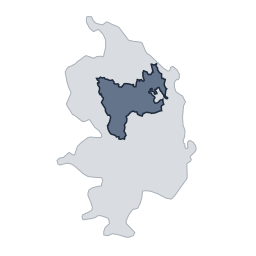 Bern highlighted on a map of Switzerland, rotated 93°
{"feature_id": "CHE-3424", "entity_name": "Bern", "entity_type": "Canton", "adm_level": 1, "iso_a3": "CHE", "parent_name": "Switzerland", "parent_adm1": "", "projection": "mercator", "projection_center": [7.53, 46.838], "detail": "fine", "context": "in_parent", "style": "filled", "palette": "slate", "viewbox_px": 256, "rotation_deg": 93, "n_neighbors": 0, "source": "natural_earth", "source_scale": "10m", "svg_char_len": 7763}
<svg xmlns="http://www.w3.org/2000/svg" viewBox="0 0 256 256"><g transform="rotate(93 128 128)"><path d="M191.9,77.0L193.3,77.9L196.8,81.1L196.0,86.5L192.0,95.2L189.9,102.2L189.7,107.6L190.1,110.1L190.8,110.1L194.6,110.5L196.5,110.5L202.6,111.9L207.5,114.0L208.4,116.3L209.1,119.0L214.9,122.8L221.5,125.2L223.8,124.4L232.0,115.7L235.2,117.1L237.2,121.8L237.1,124.2L234.8,133.5L234.4,138.4L236.4,141.7L236.6,144.2L236.0,146.6L232.7,146.8L228.3,145.5L224.6,141.5L221.7,142.0L219.3,143.0L218.0,146.8L216.9,151.3L217.3,153.8L219.0,155.7L220.4,159.8L221.4,165.1L222.1,167.5L221.3,168.6L219.0,169.3L217.0,168.6L213.7,162.3L212.1,159.9L209.4,159.4L204.7,161.0L197.5,164.5L194.6,164.5L192.1,163.8L189.8,160.8L187.8,155.0L187.2,151.4L185.8,151.5L181.2,150.4L179.0,151.9L179.0,157.8L178.6,165.2L176.3,169.9L169.8,178.1L167.4,181.7L166.5,184.3L166.3,186.5L167.3,190.3L168.6,194.0L167.5,196.1L164.1,197.2L161.7,195.0L160.8,191.0L155.5,185.6L157.9,181.0L157.5,179.9L148.9,177.5L145.2,174.1L140.0,168.0L139.0,165.4L139.2,157.0L138.9,154.9L138.2,153.9L135.7,154.0L132.2,156.9L129.0,161.3L122.3,166.3L121.6,167.3L123.9,172.1L123.8,174.0L118.4,181.7L117.3,184.2L110.5,189.0L107.3,190.8L97.8,187.3L95.2,186.8L91.0,189.2L84.9,191.4L75.3,193.7L71.7,192.0L70.0,190.5L69.2,188.2L66.7,184.1L64.0,181.7L62.1,179.0L59.5,176.1L57.9,173.7L60.1,166.0L58.5,163.2L57.7,159.3L58.1,156.7L57.2,156.1L48.4,154.5L41.2,155.0L36.0,157.6L31.7,161.9L31.2,162.9L31.5,163.6L33.6,167.6L30.0,171.8L24.5,175.0L20.6,175.3L18.9,174.7L18.8,170.2L22.1,168.6L25.0,165.7L25.9,161.6L26.3,158.7L23.2,155.2L23.6,153.0L25.5,149.0L26.6,145.4L28.1,142.2L34.2,137.1L40.3,132.0L41.2,126.5L41.6,119.9L42.5,118.3L50.7,114.3L52.8,112.7L53.8,110.4L60.2,102.9L66.6,95.5L67.9,93.0L69.0,91.5L69.0,90.3L68.2,89.3L65.2,88.7L64.1,86.3L67.4,82.1L71.6,79.5L75.6,79.4L77.2,80.6L77.1,82.0L78.9,83.6L81.9,84.1L85.7,83.5L89.4,81.9L91.7,78.2L93.1,75.3L99.0,72.0L103.0,73.7L114.1,74.1L122.2,73.2L127.3,71.0L133.6,71.0L137.9,72.3L138.6,72.1L139.8,71.8L140.9,70.6L144.9,69.8L145.4,68.8L145.3,67.8L144.6,67.2L139.7,67.8L137.8,67.0L137.3,65.2L138.9,62.0L142.5,59.4L145.5,58.8L147.7,59.5L153.1,64.3L154.4,64.4L155.2,63.6L156.3,63.1L158.1,64.0L160.2,67.0L160.6,67.4L172.6,66.4L175.3,66.4L183.4,71.6L191.9,77.0Z" fill="#d9dde1" stroke="#a8b0b8" stroke-width="1"/><path d="M139.4,131.0L139.0,132.0L138.9,132.3L139.0,133.0L139.1,133.4L139.4,134.0L139.5,134.3L139.5,134.7L139.6,135.0L139.6,135.6L139.5,136.3L139.3,136.6L139.0,136.7L138.6,136.6L137.8,136.4L137.5,136.5L137.2,136.7L137.2,137.6L137.4,138.2L137.6,139.1L137.1,139.2L136.1,140.3L135.9,140.9L135.7,141.5L135.4,142.6L135.1,144.1L134.9,144.5L134.7,144.9L134.2,145.4L133.4,145.9L132.9,146.4L130.6,147.6L129.5,148.0L126.9,148.6L126.6,148.6L126.4,148.5L126.2,148.4L126.2,148.1L126.2,147.8L124.8,147.6L123.6,147.1L123.2,146.8L119.1,146.0L117.8,146.0L116.2,147.0L116.0,147.3L116.3,148.0L116.3,148.4L116.2,148.8L116.0,149.0L114.7,149.9L112.9,151.1L111.9,151.5L111.4,151.6L110.7,151.6L110.1,151.4L104.2,155.7L103.6,155.8L100.4,154.2L99.4,154.1L99.1,154.2L99.0,154.4L98.9,154.8L98.8,155.0L98.2,155.4L98.1,155.6L96.4,156.1L95.3,156.8L95.6,157.2L96.2,157.5L95.5,158.1L93.8,158.9L93.4,159.0L93.1,159.0L91.5,158.5L89.4,158.5L88.7,158.7L88.4,158.8L88.0,159.4L86.9,160.2L85.0,160.8L84.7,160.7L84.4,160.6L84.4,160.4L84.4,159.8L84.4,159.3L84.3,159.2L84.0,159.2L82.4,159.7L82.2,159.8L82.1,160.4L81.8,161.0L80.1,162.0L80.0,160.6L80.1,160.3L80.3,159.9L80.3,159.7L80.2,159.5L79.9,159.4L79.2,158.6L78.7,158.3L79.3,156.5L79.3,156.1L79.2,155.6L79.0,155.2L78.9,154.5L79.0,154.3L79.8,153.8L80.2,153.2L80.4,152.7L80.5,152.3L80.3,151.4L80.4,151.1L80.5,150.8L80.8,150.5L81.1,149.8L81.3,149.2L81.3,148.6L81.3,148.2L81.4,147.7L81.3,147.4L81.3,147.2L81.0,146.7L80.8,146.1L82.8,144.4L84.1,144.3L84.3,144.2L84.5,143.9L84.6,143.3L84.7,142.3L84.5,140.2L85.1,139.6L85.3,139.4L86.0,139.6L86.4,139.8L86.8,139.8L87.2,139.3L87.4,139.1L87.3,138.8L87.5,137.1L87.6,136.6L87.0,136.1L86.9,136.0L86.8,135.8L86.6,135.8L86.4,135.8L86.2,135.8L86.1,135.6L85.9,135.3L85.4,134.9L85.2,134.8L84.4,134.5L84.2,134.3L84.1,134.1L83.9,133.6L83.8,132.5L83.8,130.7L83.9,129.5L84.5,127.2L84.5,126.1L84.4,125.4L84.3,125.1L84.3,124.8L84.7,124.6L84.9,124.6L85.0,124.7L85.0,124.8L85.3,125.0L85.6,125.1L85.8,124.9L86.3,124.5L86.5,123.9L86.3,122.3L82.4,122.0L79.9,121.3L79.4,121.4L79.2,121.4L79.0,121.1L79.3,120.4L79.4,120.0L79.5,119.6L79.4,118.8L79.3,118.4L79.3,118.1L79.2,117.8L78.9,117.3L78.9,117.1L79.0,117.0L79.6,116.7L79.9,116.5L80.4,115.9L80.5,115.6L80.2,115.1L80.1,114.7L79.9,114.4L79.5,114.3L75.9,115.7L72.0,116.1L70.0,115.3L70.5,114.0L70.7,113.5L71.0,112.3L71.1,112.0L71.3,111.8L72.4,111.3L72.9,110.9L73.3,110.7L73.5,110.3L73.5,109.9L73.4,109.3L73.2,108.8L73.3,108.7L73.6,108.5L73.6,108.4L73.4,108.0L73.0,107.7L71.6,106.9L70.9,106.7L70.9,105.8L63.1,108.2L63.0,107.7L63.1,107.2L63.3,106.9L63.4,106.7L63.6,105.8L63.7,105.4L63.6,105.1L63.5,104.7L63.2,104.1L62.7,103.3L61.7,102.8L63.0,102.9L63.4,103.2L63.6,103.4L63.8,103.5L64.2,103.4L64.7,103.1L66.5,101.8L67.1,101.5L68.2,101.5L68.7,101.4L69.2,100.9L69.6,100.5L70.4,100.1L70.9,99.6L71.3,99.1L71.5,98.7L71.9,98.1L72.0,97.8L72.1,97.4L72.3,97.2L72.6,97.2L74.1,97.3L76.5,96.9L76.8,96.6L76.7,96.3L76.6,95.8L76.6,95.6L76.6,95.4L76.7,95.2L77.2,94.8L77.4,94.6L77.5,94.4L77.4,94.0L77.5,93.3L81.6,94.1L82.5,94.1L83.3,93.9L84.5,93.5L85.1,93.1L85.5,92.8L85.7,92.6L85.9,92.4L86.3,92.3L86.5,92.0L86.7,91.8L86.8,91.5L86.9,91.3L87.1,91.4L87.4,92.0L87.8,92.2L93.2,92.6L96.1,91.8L95.7,92.9L95.4,93.2L95.0,93.6L93.4,94.1L93.0,94.3L92.6,94.6L92.0,95.2L91.6,95.6L90.5,96.1L89.5,96.9L89.6,97.4L86.0,99.1L85.8,99.4L86.1,100.0L86.3,100.3L86.4,100.7L86.5,100.9L86.8,101.0L87.3,101.2L87.5,101.4L87.7,101.6L88.0,102.4L88.0,102.7L88.0,103.0L88.4,103.1L88.9,103.0L89.3,102.8L89.7,102.3L90.1,101.9L90.4,101.6L90.8,101.5L91.1,101.2L91.4,101.1L92.1,100.9L92.3,101.8L92.3,102.2L92.5,102.4L92.7,102.6L92.9,102.8L92.7,103.2L92.2,103.6L91.8,103.6L91.6,103.6L91.3,103.4L91.2,103.4L90.6,103.9L90.3,104.3L90.2,104.7L90.3,105.4L90.3,105.7L89.9,105.9L89.1,106.1L88.8,106.2L88.3,106.0L88.0,106.1L87.5,106.0L87.3,106.0L87.2,106.3L87.3,106.5L87.6,107.1L87.9,107.7L88.2,107.9L88.3,108.0L89.7,107.6L90.1,107.5L90.3,108.2L90.7,109.2L91.6,108.9L91.9,108.7L92.1,108.4L92.1,108.0L92.0,107.7L91.8,107.1L91.8,106.8L92.0,106.6L93.3,105.9L94.0,105.3L95.2,103.4L95.9,102.8L96.5,102.7L97.8,103.6L100.0,103.7L100.3,103.6L100.8,103.1L101.1,102.6L101.6,102.4L101.7,102.2L101.9,102.0L101.9,101.8L101.8,101.4L101.6,100.8L100.9,99.5L100.1,98.4L99.2,98.0L98.3,96.9L98.3,96.3L98.1,95.5L97.4,94.7L100.6,94.3L102.4,93.5L104.0,95.5L104.6,95.9L106.0,95.9L106.9,95.6L107.4,95.7L109.0,95.3L109.2,96.7L109.2,96.9L109.8,98.0L111.1,100.9L111.3,101.3L111.6,101.9L111.7,102.5L111.7,103.2L112.2,105.4L111.8,106.1L111.6,106.6L111.5,107.3L111.5,108.7L111.4,110.2L111.4,110.6L111.5,111.1L111.9,111.7L112.3,112.3L112.5,112.6L112.7,113.8L114.0,113.9L114.3,114.2L115.3,114.4L115.0,116.0L114.9,116.3L114.7,117.0L114.5,117.4L114.4,117.6L114.3,118.0L114.3,118.3L114.2,118.4L113.9,118.6L113.7,119.0L113.6,119.3L113.3,119.5L113.1,119.5L112.7,119.4L112.2,119.7L111.8,119.8L111.6,120.0L111.5,120.3L111.5,120.7L111.6,121.6L111.6,122.1L111.4,122.5L111.0,122.9L110.9,123.3L111.3,124.7L111.4,125.2L112.1,126.1L115.3,128.7L115.9,129.5L116.5,130.3L116.9,130.4L117.2,130.3L118.0,129.9L118.8,129.6L121.3,129.7L122.3,129.9L124.4,131.4L125.0,131.6L125.4,131.7L125.6,131.7L126.8,131.2L127.3,131.1L129.9,131.4L130.8,131.7L131.3,131.8L131.8,131.6L133.5,130.4L135.6,129.6L137.2,131.0L137.5,130.8L138.2,130.7L138.4,130.7L139.4,131.0ZM80.2,119.3L80.4,119.3L80.6,119.0L80.5,118.8L79.8,119.0L80.0,119.3L80.2,119.3ZM96.0,89.9L96.3,90.0L96.6,90.4L96.7,90.7L96.7,91.0L96.7,91.4L96.6,91.6L96.2,91.6L95.3,91.5L95.1,91.4L95.1,91.2L95.2,90.7L96.0,89.9Z" fill="#64748b" stroke="#1e293b" stroke-width="1.5"/></g></svg>